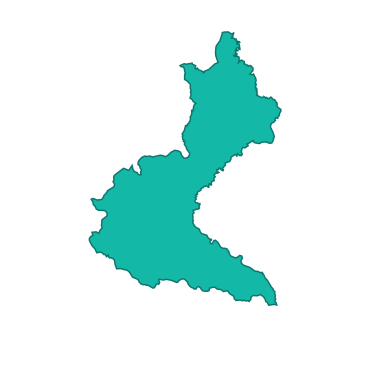 San Jacinto Del Cauca, Bolívar, Colombia, rotated 338°
{"feature_id": "7082276B25893403851567", "entity_name": "San Jacinto Del Cauca", "entity_type": "district", "adm_level": 2, "iso_a3": "COL", "parent_name": "Colombia", "parent_adm1": "Bolívar", "projection": "albers", "projection_center": [-74.643, 8.23], "detail": "fine", "context": "isolated", "style": "filled", "palette": "teal", "viewbox_px": 384, "rotation_deg": 338, "n_neighbors": 0, "source": "geoboundaries", "source_scale": "gbopen_adm2", "svg_char_len": 6030}
<svg xmlns="http://www.w3.org/2000/svg" viewBox="0 0 384 384"><g transform="rotate(338 192 192)"><path d="M279.8,55.5L279.0,57.0L274.3,62.5L269.3,65.6L268.4,66.8L265.9,71.8L265.1,74.7L264.7,81.7L260.9,81.9L253.6,84.7L249.0,84.7L248.1,85.7L247.1,85.8L247.4,84.6L244.1,81.3L243.2,79.0L242.1,79.6L241.4,78.8L241.4,77.9L242.7,76.3L240.1,73.6L240.4,72.6L234.3,71.3L232.9,70.1L228.3,70.3L228.8,71.6L230.8,73.1L231.1,74.3L230.0,80.1L229.2,80.3L227.3,84.9L229.0,87.0L230.8,91.6L229.2,95.2L229.3,97.2L227.9,99.0L228.0,100.9L225.3,104.2L226.8,106.2L226.9,108.3L228.7,111.3L227.4,111.5L225.6,113.2L224.9,114.7L224.0,115.5L223.9,117.0L223.2,117.1L222.2,116.3L221.6,118.2L220.3,120.4L218.3,121.9L218.1,123.5L216.4,125.7L215.9,125.8L214.4,127.4L213.5,127.3L212.4,128.8L211.7,128.2L211.3,128.6L210.8,128.2L207.9,132.1L204.6,134.5L204.8,135.9L204.0,136.6L203.3,139.4L203.3,140.2L204.0,140.9L203.0,141.8L204.2,143.2L203.5,143.6L202.8,145.0L203.5,148.3L203.1,149.9L204.4,155.0L203.7,156.4L201.7,158.2L198.7,158.4L197.1,157.3L196.1,154.1L196.3,150.8L194.8,148.9L191.8,146.9L187.4,147.3L183.1,149.1L180.9,149.2L179.8,148.9L179.0,147.6L176.4,146.0L168.6,144.8L166.2,142.7L163.8,142.3L161.4,140.9L158.2,141.2L154.6,142.9L153.1,144.6L152.2,146.3L153.4,148.2L152.9,150.1L153.4,152.7L151.7,154.3L151.3,156.8L149.5,156.3L148.6,155.4L148.5,153.6L146.0,151.1L145.8,148.4L146.4,145.0L141.5,148.3L137.4,144.4L126.2,147.5L125.0,148.7L124.3,151.5L122.7,152.8L123.2,155.6L121.7,157.9L114.6,159.0L111.4,161.3L109.1,162.2L107.4,164.1L105.2,165.1L100.9,163.9L98.1,161.1L97.0,160.7L96.4,161.7L95.9,161.4L96.4,163.9L95.8,166.8L96.8,168.7L96.9,172.0L98.5,173.9L103.9,176.4L104.9,177.8L105.3,180.6L103.9,182.5L98.9,183.8L97.7,184.5L96.8,187.1L95.5,188.9L95.3,191.5L91.9,193.4L90.2,195.6L88.3,193.1L84.2,191.9L83.8,195.3L81.8,195.2L80.5,195.9L79.4,196.7L78.7,198.6L79.2,204.3L80.8,208.8L80.9,212.6L85.4,213.8L86.8,216.9L87.4,216.9L88.6,218.7L88.4,219.7L89.6,219.2L89.9,219.9L90.6,219.4L90.3,221.1L90.9,222.3L92.1,222.5L94.1,224.6L94.5,226.1L93.5,231.4L93.4,235.0L96.9,236.2L102.8,240.5L104.1,243.2L104.9,248.6L109.2,252.9L109.3,255.8L110.3,258.1L112.2,259.8L114.2,260.3L114.4,261.1L116.3,262.0L119.9,266.5L121.4,266.6L124.2,264.3L125.5,264.1L126.2,265.0L127.6,264.5L128.3,263.3L128.0,261.5L128.6,260.5L132.3,262.8L135.6,263.4L139.9,266.2L143.9,270.1L144.9,270.2L147.1,269.2L149.6,268.7L152.3,269.8L154.2,273.9L153.9,275.3L154.5,278.2L155.8,280.3L157.3,281.7L157.7,282.8L159.5,283.4L161.1,282.0L162.4,281.9L164.2,284.3L164.0,285.2L164.8,287.5L167.6,289.3L169.9,289.9L171.0,289.7L172.2,287.8L176.1,288.2L177.8,289.2L178.8,291.3L182.6,293.6L183.8,296.1L187.8,296.7L188.9,300.5L191.7,304.3L191.2,306.8L192.1,309.0L196.5,310.3L197.9,311.8L199.6,311.6L200.4,312.8L203.1,313.8L203.9,314.9L206.2,313.7L207.6,311.3L209.0,311.0L210.0,310.9L213.4,312.6L217.1,312.8L219.1,315.9L219.7,319.5L219.3,320.9L220.5,322.8L220.7,325.7L225.8,326.9L228.3,328.5L228.5,326.1L227.9,324.2L229.4,322.8L229.5,320.9L230.6,319.0L230.6,317.0L231.5,315.3L230.6,313.7L230.8,312.1L230.0,309.9L228.8,302.1L227.5,298.7L227.6,296.1L226.8,294.6L227.3,294.2L226.9,292.7L225.5,292.7L223.3,290.3L220.7,289.0L217.7,284.0L212.2,279.0L211.3,276.9L211.3,274.8L212.1,273.6L214.0,272.3L214.1,270.0L212.5,268.7L209.3,269.6L207.4,269.2L204.4,266.4L203.5,264.4L203.8,261.1L203.1,257.9L201.6,256.6L199.6,255.8L197.8,253.7L197.2,248.7L195.6,245.5L194.0,245.3L191.6,247.4L189.8,246.7L189.9,244.8L192.1,243.8L192.3,243.2L190.8,242.3L189.8,240.8L189.5,237.5L185.4,234.3L184.7,232.0L184.8,229.1L182.0,225.7L181.1,220.8L182.5,219.0L182.3,217.7L183.8,215.0L183.9,213.4L185.4,212.0L186.0,212.1L186.1,209.5L188.9,209.8L190.1,209.4L190.7,210.0L191.9,210.2L193.0,209.6L193.2,207.4L194.6,206.8L194.9,205.6L193.9,205.6L193.1,204.2L191.8,203.5L191.2,202.8L191.2,201.8L191.7,200.9L193.4,200.1L192.8,198.5L194.6,198.0L194.3,195.9L196.1,196.2L197.0,194.1L200.8,193.7L201.9,192.1L203.5,192.2L205.0,191.4L207.9,191.9L209.0,193.8L209.5,193.8L210.0,191.9L211.0,190.8L211.7,191.0L211.8,192.4L212.7,192.7L213.1,191.2L214.5,189.6L216.8,189.8L217.4,187.3L219.3,186.6L218.8,184.3L221.2,183.5L222.7,184.1L224.2,183.9L222.8,182.2L223.2,180.5L224.9,181.2L225.6,180.2L226.7,180.1L227.3,182.3L228.3,183.6L229.0,183.8L229.5,183.2L229.0,181.5L233.0,179.6L233.9,177.5L238.4,177.8L240.2,176.3L241.2,174.4L245.8,173.4L246.4,173.7L247.0,175.5L248.7,173.5L249.7,176.0L251.5,176.7L252.7,175.8L252.8,173.3L254.6,170.4L255.7,169.8L257.6,170.9L261.3,170.2L261.6,169.8L260.9,168.4L261.1,167.9L263.7,168.0L267.8,167.2L268.2,167.5L267.8,168.4L268.3,169.6L272.2,172.1L273.2,172.4L275.2,171.9L279.1,173.1L282.2,175.9L284.4,176.4L286.4,174.7L289.1,171.3L289.4,166.7L289.1,161.8L289.4,160.3L290.4,159.1L291.4,158.1L293.9,157.9L296.2,156.8L296.1,155.4L297.1,154.5L299.0,155.8L299.9,154.5L301.4,153.9L302.9,151.5L304.5,150.6L305.3,148.7L303.5,146.1L303.0,144.6L304.2,141.2L303.5,140.6L303.7,139.7L303.2,137.4L301.9,136.6L300.9,133.8L300.2,133.5L298.7,134.2L297.0,133.5L296.7,132.3L295.7,132.5L294.5,130.5L294.2,131.1L291.5,130.1L288.2,126.6L289.2,125.9L289.2,124.6L289.8,123.6L289.5,123.2L290.0,122.8L289.6,122.1L290.6,121.2L290.2,120.9L290.5,120.3L289.9,119.6L290.4,119.1L290.0,118.4L291.5,116.8L291.2,115.5L291.8,115.7L291.7,114.4L293.3,112.5L293.6,110.7L293.2,105.6L292.0,105.9L289.8,104.6L291.9,103.1L293.9,102.4L295.0,99.8L294.3,98.8L294.3,97.5L293.5,97.3L293.1,96.4L291.0,96.1L290.6,95.5L290.9,95.1L289.9,94.4L289.4,93.4L288.3,92.9L289.3,90.8L287.5,88.4L285.8,88.2L285.7,88.7L283.6,89.3L285.0,87.6L286.1,84.7L285.7,83.8L283.3,82.7L284.6,82.1L285.5,80.7L285.2,80.2L283.9,81.8L283.0,82.0L281.9,81.5L281.9,80.9L283.3,81.4L284.6,79.5L285.5,76.6L286.1,76.9L286.4,77.9L287.5,78.1L286.6,76.2L286.8,75.4L288.9,75.3L289.0,77.2L289.9,77.7L291.0,73.2L290.9,72.5L289.4,72.0L289.2,70.7L289.6,70.3L289.8,70.7L291.0,70.5L290.8,71.0L292.3,71.1L292.2,70.5L289.7,68.7L290.1,68.5L290.1,66.5L289.0,66.7L288.2,64.9L286.4,64.1L287.6,63.6L287.5,63.0L287.8,63.2L290.6,59.8L288.7,60.6L287.5,59.8L285.6,57.2L281.9,55.8L279.8,55.5Z" fill="#14b8a6" stroke="#0f766e" stroke-width="1.5"/></g></svg>